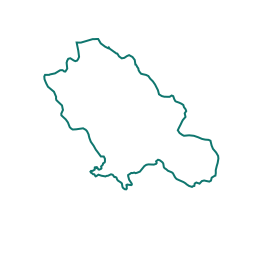 Lola, Lola, Guinea, rotated 129°
{"feature_id": "49546643B14657084308206", "entity_name": "Lola", "entity_type": "district", "adm_level": 2, "iso_a3": "GIN", "parent_name": "Guinea", "parent_adm1": "Lola", "projection": "natural_earth1", "projection_center": [-8.248, 8.016], "detail": "fine", "context": "isolated", "style": "outline", "palette": "teal", "viewbox_px": 256, "rotation_deg": 129, "n_neighbors": 0, "source": "geoboundaries", "source_scale": "gbopen_adm2", "svg_char_len": 3710}
<svg xmlns="http://www.w3.org/2000/svg" viewBox="0 0 256 256"><g transform="rotate(129 128 128)"><path d="M95.2,75.9L98.8,79.6L99.2,81.3L99.3,82.9L99.4,84.1L99.4,84.9L98.4,87.9L95.5,88.6L92.1,89.3L89.7,89.9L87.3,90.4L83.2,90.3L80.9,93.2L78.2,93.4L77.2,95.1L76.6,97.6L75.3,99.5L75.5,101.7L76.1,104.1L76.6,105.6L77.2,107.2L77.3,108.2L76.4,110.3L74.8,112.9L75.3,114.5L77.6,115.3L80.8,119.4L81.9,121.8L82.3,125.1L79.8,128.5L77.2,134.3L76.1,138.0L75.7,141.8L74.8,144.9L75.4,147.4L76.9,150.4L77.6,152.0L77.1,154.4L76.3,156.3L75.2,157.5L74.6,159.7L74.1,160.6L73.7,162.1L73.9,162.3L70.9,165.6L70.0,169.2L70.7,173.0L72.8,174.1L75.8,175.0L77.8,176.7L78.0,180.0L76.9,183.1L77.4,183.9L77.9,192.3L77.7,192.9L77.5,193.6L78.5,193.6L78.8,195.1L79.2,196.9L79.4,202.4L77.6,207.2L78.1,207.8L78.7,208.5L79.6,209.5L81.2,211.4L91.2,218.3L92.3,219.6L93.9,221.7L99.3,215.2L103.5,210.8L105.5,210.2L106.2,210.1L107.7,210.0L108.6,210.6L109.2,211.0L109.7,212.9L109.8,214.0L110.1,216.7L111.0,217.4L111.9,218.0L112.7,217.8L114.1,217.6L114.8,217.2L115.9,216.8L119.8,212.9L120.1,212.6L121.8,212.4L123.5,212.2L124.2,213.1L124.2,213.7L124.1,214.2L124.4,215.5L125.3,216.5L125.9,217.1L131.5,219.1L135.3,222.2L135.6,222.4L136.3,222.7L138.9,225.9L140.6,225.5L142.6,223.6L143.8,221.5L145.0,219.2L145.5,218.0L146.3,216.2L146.4,210.0L146.4,209.9L146.4,208.4L149.0,203.5L150.5,202.4L151.4,201.2L151.6,199.0L151.9,194.9L152.0,193.5L153.9,191.2L154.9,189.9L156.8,189.4L158.8,188.9L160.1,187.7L160.3,184.9L160.5,181.8L161.5,178.2L164.0,173.8L164.2,171.9L164.0,170.1L163.6,169.6L162.3,168.2L162.1,168.0L162.0,167.8L156.5,162.7L156.2,160.8L156.0,159.9L156.1,159.1L156.3,157.8L157.7,154.8L157.8,154.6L157.9,154.4L158.1,154.3L160.0,151.8L161.7,148.9L162.1,148.2L163.4,143.6L165.0,139.6L165.1,139.4L165.6,137.2L167.2,131.2L165.4,128.9L165.6,128.4L166.4,126.6L168.2,125.1L168.5,124.9L169.4,124.5L170.0,124.7L171.0,125.0L171.3,125.1L171.7,124.8L172.3,124.5L173.0,124.5L174.8,124.7L175.1,124.3L175.9,123.3L176.5,123.2L177.4,123.6L178.4,124.1L178.8,124.8L178.0,127.5L178.2,127.8L178.5,127.6L179.0,127.5L179.3,128.9L179.6,129.0L179.9,128.8L181.3,127.7L183.6,128.5L184.1,129.1L184.6,129.7L185.2,129.7L185.6,129.7L186.0,128.5L185.9,128.2L185.8,127.4L185.9,126.1L185.7,125.8L185.2,125.0L185.9,123.2L185.9,122.6L184.6,122.1L182.9,121.6L181.8,118.6L179.8,115.0L178.8,114.6L177.7,113.5L174.7,112.1L174.3,111.2L174.0,110.4L174.7,107.8L174.7,107.7L174.0,106.9L173.8,105.8L174.9,104.0L175.2,102.3L175.0,101.2L174.8,99.2L174.9,98.6L174.9,97.9L176.5,96.1L177.2,95.3L177.4,94.9L177.7,93.9L177.6,92.0L176.8,90.8L175.8,90.8L175.6,91.0L175.3,91.4L174.2,92.2L174.0,92.3L173.4,93.3L172.4,93.0L171.8,91.9L170.4,89.6L169.9,89.5L169.6,89.4L168.9,90.1L167.5,94.5L167.3,94.8L165.2,97.7L164.5,98.3L161.7,97.4L160.9,97.2L160.1,96.0L159.9,95.9L158.7,95.1L158.5,94.3L158.4,93.8L157.1,92.8L154.4,91.3L147.3,91.3L146.7,91.1L145.1,90.6L143.4,89.2L140.2,84.9L138.2,83.6L137.3,83.7L137.1,83.7L136.2,85.2L134.9,84.9L133.8,84.7L133.5,84.1L133.4,83.7L133.2,83.4L133.1,83.2L133.0,81.0L133.0,79.8L133.0,79.6L133.2,78.9L133.4,78.3L134.6,76.9L135.8,75.6L136.1,74.7L136.2,74.2L136.0,72.4L136.0,72.1L136.1,70.1L134.9,66.1L134.9,64.6L136.4,61.1L136.5,61.0L136.5,60.9L136.7,60.2L137.0,59.0L137.0,58.5L137.0,57.9L136.3,55.2L135.1,50.9L135.0,50.1L134.8,48.3L134.9,47.5L134.9,47.1L134.6,43.9L134.4,43.6L133.5,41.2L133.0,41.2L132.2,40.7L131.3,40.0L129.2,41.2L127.4,40.6L126.2,37.4L122.8,37.2L120.9,35.8L119.7,33.4L118.5,31.1L116.7,30.4L113.9,31.7L110.8,30.6L110.0,30.1L107.8,31.4L105.5,33.3L101.5,35.2L98.8,36.3L94.9,38.5L93.0,40.4L91.6,44.1L90.7,48.9L89.8,50.5L89.0,52.0L88.0,53.3L86.0,55.9L86.5,57.9L88.5,60.8L89.9,63.6L91.1,67.8L92.6,71.9L95.2,75.9Z" fill="none" stroke="#0f766e" stroke-width="2"/></g></svg>